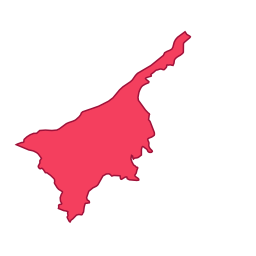 the border of Santiago de Cuba, rotated 146°
{"feature_id": "CUB-1369", "entity_name": "Santiago de Cuba", "entity_type": "Province", "adm_level": 1, "iso_a3": "CUB", "parent_name": "Cuba", "parent_adm1": "", "projection": "robinson", "projection_center": [-76.024, 20.226], "detail": "fine", "context": "isolated", "style": "filled", "palette": "rose", "viewbox_px": 256, "rotation_deg": 146, "n_neighbors": 0, "source": "natural_earth", "source_scale": "10m", "svg_char_len": 3938}
<svg xmlns="http://www.w3.org/2000/svg" viewBox="0 0 256 256"><g transform="rotate(146 128 128)"><path d="M230.0,176.7L229.8,176.7L228.5,176.5L224.4,175.5L223.2,174.8L222.3,174.7L221.9,175.0L220.9,176.3L220.2,176.7L216.8,177.2L212.9,177.1L209.2,176.3L206.7,174.7L202.6,175.3L197.6,172.4L192.5,168.5L188.2,166.1L185.5,165.7L176.7,166.1L174.4,165.7L169.6,164.4L167.1,164.0L162.4,164.6L159.9,165.4L158.3,166.5L156.5,166.8L140.3,162.5L129.2,161.1L123.6,161.4L113.7,164.3L109.1,165.0L100.1,165.0L97.5,165.4L92.3,167.4L89.6,168.0L74.0,167.0L58.1,168.4L55.5,169.9L52.8,169.7L50.1,169.1L47.6,168.9L45.7,169.8L41.7,173.3L39.1,174.7L36.2,175.5L26.9,175.9L26.9,172.7L25.7,170.2L25.4,169.6L25.3,169.1L25.3,168.7L26.4,168.3L33.5,167.5L34.4,167.2L35.0,166.7L39.7,159.9L40.3,159.6L41.2,159.3L44.1,159.1L45.9,159.3L48.5,159.3L50.4,158.9L51.6,158.3L53.7,156.0L55.7,154.7L56.9,155.9L57.2,156.3L57.7,156.8L58.1,157.0L58.5,157.2L58.9,157.3L59.2,157.5L59.6,157.7L59.9,158.1L60.3,158.4L60.7,158.4L61.2,157.9L61.4,157.5L61.9,157.1L62.5,156.8L64.9,156.2L65.6,156.2L66.3,156.8L67.4,158.2L68.2,158.8L69.2,159.2L71.2,159.7L71.6,159.9L71.9,160.1L72.5,160.2L73.6,160.1L75.8,159.8L78.7,159.7L79.1,159.5L79.5,158.2L79.8,158.0L80.5,158.2L81.5,158.6L84.9,159.5L85.8,159.3L85.9,158.6L85.0,155.7L84.8,155.0L84.8,154.6L85.6,154.0L89.1,154.7L92.0,154.9L92.8,154.8L94.0,154.5L95.5,153.8L97.2,152.8L99.1,151.4L102.6,147.8L103.9,145.1L103.5,133.2L102.8,129.0L102.4,128.1L102.5,127.3L103.3,126.8L104.4,125.5L106.3,123.4L106.1,122.0L106.1,121.6L106.1,120.9L108.7,109.6L109.5,108.1L110.4,107.3L112.4,107.2L113.6,107.3L116.2,107.9L117.4,107.9L118.0,107.6L118.4,106.6L118.5,106.0L118.7,104.6L118.9,104.1L119.3,103.4L120.0,102.6L120.6,101.8L121.0,100.8L121.2,99.6L121.2,98.3L120.7,95.7L120.9,95.0L121.4,94.8L122.3,94.8L123.6,95.6L124.2,96.3L124.5,97.2L124.5,98.1L124.3,98.9L124.3,99.8L124.5,100.5L125.1,101.9L125.7,103.8L126.1,104.4L127.1,104.3L128.8,102.8L132.0,98.1L135.0,97.9L136.1,97.9L137.1,98.2L138.0,98.6L139.1,99.2L139.8,99.4L140.3,99.3L140.9,99.1L141.0,99.4L140.9,100.0L139.9,102.2L140.4,103.3L142.7,100.9L142.9,100.5L143.7,97.5L144.0,94.3L143.2,92.2L143.0,90.8L142.6,90.4L142.2,90.2L142.1,89.8L142.4,89.3L144.3,88.0L145.9,86.5L146.5,86.0L148.7,85.1L149.0,84.3L148.9,83.4L148.0,81.1L147.7,79.9L148.0,79.0L148.3,78.8L150.0,79.6L155.8,84.3L157.0,86.4L156.4,87.9L156.8,88.4L157.7,88.8L159.9,89.0L161.4,89.0L162.2,89.2L162.5,89.6L162.4,90.5L162.1,91.2L161.8,91.8L161.5,92.2L161.3,92.5L161.7,93.1L162.7,93.9L166.3,96.6L168.3,97.2L168.8,99.5L169.0,100.0L169.2,100.3L169.6,100.8L171.7,102.0L175.6,102.3L184.4,97.9L185.4,97.6L186.8,97.5L190.7,98.0L195.9,97.5L201.2,93.5L201.6,92.5L202.0,91.2L201.3,89.7L201.2,89.3L201.2,88.8L201.4,88.2L201.7,87.7L202.0,87.6L202.9,88.1L203.7,88.4L205.3,89.3L205.8,89.2L206.8,88.5L208.6,86.9L211.0,84.2L211.5,83.6L211.9,83.2L212.4,83.0L213.1,82.7L213.6,82.4L214.0,82.1L214.5,81.9L215.2,82.1L217.1,83.8L219.4,84.6L224.8,83.5L226.3,83.5L226.8,83.4L227.4,83.1L228.6,82.5L228.8,83.0L228.9,83.9L228.5,87.4L228.3,88.1L228.1,88.3L227.3,88.6L226.8,88.9L226.5,89.3L226.2,89.9L226.1,90.3L225.9,90.8L225.6,91.3L225.2,91.7L224.7,92.0L224.8,92.5L225.6,93.7L227.5,95.5L230.7,100.2L229.6,101.2L229.0,102.4L228.5,102.8L227.9,102.9L226.7,102.5L226.3,102.3L225.7,102.1L225.3,102.3L225.1,102.7L225.0,103.3L225.0,104.0L224.9,104.9L224.4,106.0L223.2,108.1L221.7,109.3L220.3,110.3L218.8,111.0L218.2,111.5L218.0,111.9L218.5,113.1L219.8,116.0L220.1,118.3L219.9,122.9L219.7,123.7L219.4,124.0L219.0,124.3L218.7,124.7L218.4,125.2L217.8,126.3L217.7,127.0L217.8,127.9L218.5,131.3L219.1,133.3L219.4,133.9L220.0,135.8L220.1,136.0L220.4,136.3L221.5,137.2L221.4,140.9L221.8,142.6L222.1,142.9L222.5,143.0L223.0,143.0L223.8,143.5L224.1,144.1L224.2,145.4L224.0,146.1L223.7,146.6L220.7,148.2L219.3,150.2L218.8,150.5L218.4,150.5L216.7,151.3L216.9,156.6L217.5,158.7L219.1,161.6L219.9,162.6L222.5,165.3L230.0,176.7L230.0,176.7Z" fill="#f43f5e" stroke="#9f1239" stroke-width="1.5"/></g></svg>